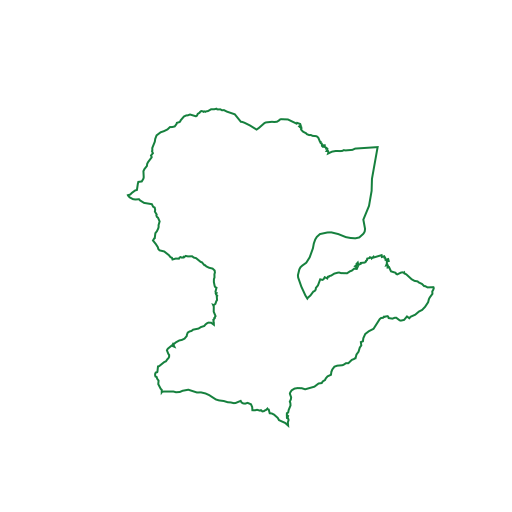 the district of Bicaz, Neamt, Romania, rotated 45°
{"feature_id": "2599482B9857153102681", "entity_name": "Bicaz", "entity_type": "district", "adm_level": 2, "iso_a3": "ROU", "parent_name": "Romania", "parent_adm1": "Neamt", "projection": "orthographic", "projection_center": [26.06, 46.951], "detail": "fine", "context": "isolated", "style": "outline", "palette": "green", "viewbox_px": 512, "rotation_deg": 45, "n_neighbors": 0, "source": "geoboundaries", "source_scale": "gbopen_adm2", "svg_char_len": 6164}
<svg xmlns="http://www.w3.org/2000/svg" viewBox="0 0 512 512"><g transform="rotate(45 256 256)"><path d="M398.6,353.2L396.2,351.2L395.0,348.9L393.6,348.2L392.6,348.7L392.2,348.5L391.5,347.8L392.2,347.2L391.8,346.4L390.3,346.7L389.0,345.3L389.4,343.9L388.0,341.8L386.1,337.3L384.3,335.7L382.9,335.1L382.0,332.7L380.8,331.1L377.3,329.4L376.7,328.3L376.2,325.8L377.0,322.5L378.8,320.0L381.9,317.1L385.0,315.5L389.7,307.1L390.4,301.9L392.3,299.4L391.9,297.5L392.5,294.8L391.9,293.3L391.7,290.5L393.0,287.0L390.9,284.2L390.9,283.7L390.2,282.4L389.7,278.8L391.0,276.1L394.2,272.3L394.8,271.1L395.4,268.2L397.1,266.5L397.2,261.7L398.2,259.4L398.2,258.6L398.7,258.0L396.7,254.6L396.2,251.2L394.1,247.3L393.7,244.8L391.0,242.7L391.9,240.7L390.0,238.2L388.4,233.9L389.0,229.3L390.6,224.4L388.1,213.1L388.3,211.3L389.5,210.0L389.4,208.4L390.1,208.1L390.1,207.6L391.6,205.5L392.3,205.4L393.7,206.1L396.8,203.8L397.7,201.7L398.8,200.5L403.1,199.9L404.1,199.3L405.9,196.5L405.5,192.0L408.4,191.6L408.3,189.6L410.1,184.9L410.5,180.0L411.6,176.7L411.5,172.4L410.4,167.0L408.8,164.3L408.2,162.5L407.5,158.0L405.7,156.4L405.2,154.5L404.4,153.0L403.5,152.6L399.5,156.9L396.9,157.7L396.2,158.4L393.1,158.4L389.8,159.6L388.2,159.7L385.7,161.5L382.5,162.4L375.2,162.7L373.4,163.4L372.5,162.9L372.5,163.4L371.4,163.7L370.3,165.1L368.9,169.1L368.0,169.5L366.5,169.2L362.3,171.4L358.0,169.8L357.2,171.1L356.2,170.2L356.4,169.7L355.1,169.2L354.6,170.4L353.9,168.8L352.4,167.4L353.4,165.7L351.6,164.7L350.3,167.1L348.6,165.9L348.3,165.8L348.0,166.3L346.8,165.6L345.7,167.7L344.2,166.6L340.2,174.0L339.6,173.6L339.5,175.8L339.0,175.5L337.5,176.3L337.8,177.0L336.5,179.2L337.4,180.5L337.2,181.7L337.7,182.2L337.5,183.8L335.0,186.8L335.6,187.3L334.7,190.0L332.6,188.7L332.7,190.6L333.7,191.0L333.3,193.2L335.1,192.9L335.7,192.1L336.4,193.9L334.4,195.5L334.1,198.7L333.3,200.3L332.6,203.8L328.2,208.0L326.5,208.9L325.8,209.7L323.8,213.1L323.0,216.7L322.0,218.4L322.2,219.2L321.5,219.9L322.3,221.5L319.6,222.4L320.2,224.6L319.9,225.9L317.9,227.1L320.6,233.0L320.9,236.2L322.0,237.6L322.2,239.4L321.7,240.6L322.4,245.4L322.2,248.9L322.4,249.8L318.9,249.0L309.7,245.6L301.0,241.4L299.2,239.9L296.1,234.8L295.4,232.5L295.5,230.1L296.3,225.2L294.9,219.0L290.8,210.3L288.0,206.2L286.2,202.4L285.5,199.5L285.7,195.3L289.9,188.8L292.6,186.0L298.7,182.3L306.2,179.1L310.0,176.5L313.7,173.3L315.9,169.9L316.2,164.6L315.9,162.9L315.4,161.6L313.9,159.7L306.2,154.4L300.5,140.7L291.7,128.2L283.4,119.4L265.0,93.0L250.2,109.9L249.1,112.8L244.6,118.1L243.2,119.1L242.8,120.5L241.8,121.8L238.1,125.4L236.0,128.4L234.5,132.5L234.1,131.7L232.8,130.9L231.7,131.8L231.5,130.8L230.7,129.7L229.8,129.8L229.5,130.3L229.1,129.8L227.6,130.3L226.3,129.1L225.4,130.0L225.6,130.3L226.3,130.2L226.6,130.9L226.1,131.5L224.8,131.5L223.0,130.0L221.9,130.4L221.0,129.6L220.5,130.0L216.7,128.4L215.0,128.3L213.7,128.8L211.1,131.0L209.2,131.7L208.1,132.9L205.8,133.9L204.6,133.8L201.5,134.8L199.2,134.8L197.9,134.4L197.8,133.5L196.9,132.9L195.8,133.8L194.9,133.8L195.3,132.1L193.9,131.4L190.9,132.8L191.1,133.7L182.0,136.9L176.9,141.6L176.3,143.0L176.5,143.6L175.9,146.2L174.2,148.3L172.4,149.8L168.6,154.5L168.0,155.9L167.5,163.4L167.0,166.2L159.3,168.0L153.7,169.9L151.5,170.9L150.4,171.8L140.8,170.8L133.3,174.5L130.2,175.5L128.9,177.0L127.1,177.5L125.0,179.7L123.9,179.8L122.7,181.8L120.5,184.0L119.6,187.4L118.3,189.3L118.2,189.9L117.2,190.3L116.9,191.2L116.3,191.2L114.8,192.2L114.6,193.7L114.8,194.6L114.3,196.7L115.0,198.5L114.7,199.7L109.3,202.6L108.3,204.8L107.3,205.9L106.4,208.3L106.8,213.4L107.3,214.6L107.1,215.6L105.9,217.8L106.5,219.0L106.9,221.9L105.6,224.0L104.0,225.7L103.9,229.1L102.6,232.9L101.1,235.9L100.4,241.0L101.9,244.4L103.6,246.7L106.3,253.0L108.0,254.6L108.3,255.4L110.4,256.2L110.7,259.2L112.3,259.8L112.5,260.4L113.3,266.0L113.9,267.8L115.2,269.5L115.6,273.3L116.4,275.6L120.9,279.7L121.7,280.9L122.5,284.1L120.4,286.8L121.4,288.5L125.1,293.5L124.2,295.1L123.6,299.1L123.6,301.5L122.4,303.6L122.6,303.7L125.1,303.9L128.8,302.8L130.8,301.3L133.1,298.6L134.6,298.7L139.3,297.6L145.7,293.0L148.4,293.9L150.1,293.4L152.1,294.7L153.1,296.1L156.4,296.9L156.8,297.7L158.2,298.4L159.6,298.2L163.4,299.7L165.3,303.1L166.6,304.3L167.4,305.7L168.4,308.5L168.7,311.0L171.8,315.0L171.6,315.6L172.2,317.9L176.8,318.4L180.4,319.2L181.9,320.1L183.8,320.2L187.9,317.7L193.8,317.0L196.4,317.3L197.8,316.7L199.4,317.5L201.1,314.5L203.4,312.4L203.1,311.2L203.4,310.1L204.7,309.6L205.5,308.6L205.4,307.9L206.0,307.9L206.2,305.7L208.2,304.4L211.0,301.4L213.1,301.1L215.2,299.9L221.1,299.3L222.1,298.7L226.0,299.0L226.5,298.5L228.2,298.5L231.1,297.5L234.2,295.6L237.0,295.5L238.6,296.7L239.5,298.3L241.8,300.5L242.6,302.1L244.6,304.2L248.1,306.5L249.2,306.8L250.5,306.4L252.6,309.9L253.7,310.4L253.9,310.9L254.4,311.0L254.6,310.6L255.0,311.4L256.7,311.6L256.7,312.2L259.6,314.7L259.9,316.1L261.1,318.5L260.9,320.6L260.2,320.9L261.9,321.6L265.5,325.3L269.9,327.1L270.1,328.1L270.7,329.0L270.4,329.3L270.9,330.0L271.0,331.4L271.7,331.6L272.3,332.5L273.0,332.7L274.8,334.4L271.5,334.9L269.5,336.7L269.0,337.9L268.7,340.0L268.9,342.1L267.3,345.2L266.7,347.9L263.6,352.6L263.4,354.6L262.4,356.3L261.9,358.4L262.8,360.5L263.6,361.5L263.9,365.0L262.9,367.8L261.5,369.9L260.4,373.7L260.2,376.0L259.4,376.5L259.8,377.6L261.0,377.4L262.4,377.9L259.7,379.0L259.2,384.0L259.7,385.7L263.2,387.2L264.6,387.4L265.9,388.8L266.4,390.5L266.3,391.6L266.8,394.1L266.1,395.9L265.4,402.4L264.8,403.4L268.0,407.4L268.3,408.0L267.5,409.3L268.1,410.8L269.3,411.9L270.2,412.3L271.2,411.8L273.0,412.7L275.2,413.0L277.5,415.7L282.5,417.3L284.0,417.3L285.7,419.0L285.6,418.4L286.6,417.1L293.5,410.2L295.8,408.9L298.3,406.0L299.4,403.2L302.7,398.4L310.7,394.3L313.6,391.3L317.5,388.9L321.2,387.5L329.1,385.8L331.9,384.3L335.8,381.3L339.4,379.4L341.7,377.4L344.3,375.8L345.5,374.4L347.6,369.3L349.4,369.8L351.2,369.3L352.7,368.1L353.9,365.8L357.3,364.4L360.1,365.5L362.5,367.6L364.4,365.8L365.5,364.0L368.2,362.5L368.5,361.5L370.4,361.4L371.3,360.1L371.6,358.5L372.0,357.7L372.0,355.9L372.6,356.1L373.6,355.6L376.9,357.5L378.5,356.2L380.9,355.4L385.8,355.1L388.4,355.8L394.7,353.4L398.6,353.2Z" fill="none" stroke="#15803d" stroke-width="2"/></g></svg>